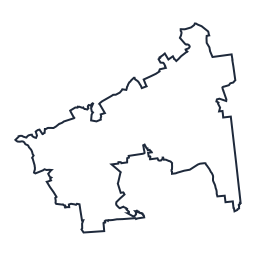 Laucienes pag., Talsi, Latvia (Albers equal-area conic projection)
{"feature_id": "27541924B31657223934984", "entity_name": "Laucienes pag.", "entity_type": "district", "adm_level": 2, "iso_a3": "LVA", "parent_name": "Latvia", "parent_adm1": "Talsi", "projection": "albers", "projection_center": [22.805, 57.249], "detail": "fine", "context": "isolated", "style": "outline", "palette": "slate", "viewbox_px": 256, "rotation_deg": 0, "n_neighbors": 0, "source": "geoboundaries", "source_scale": "gbopen_adm2", "svg_char_len": 5616}
<svg xmlns="http://www.w3.org/2000/svg" viewBox="0 0 256 256"><path d="M15.4,139.9L16.0,140.5L17.4,141.5L18.2,141.6L20.0,141.7L21.3,141.4L22.3,141.4L23.0,141.5L23.8,142.0L24.4,142.5L25.0,143.7L25.5,144.2L26.0,144.5L27.5,145.1L28.2,145.6L29.0,147.3L31.1,149.7L32.0,151.5L32.7,154.2L33.6,155.5L32.1,157.9L32.7,158.7L34.6,165.3L34.7,166.6L34.9,167.4L34.9,169.4L34.3,171.3L34.0,172.6L35.4,173.4L42.9,170.4L44.5,169.3L46.6,170.0L49.2,169.8L51.5,170.0L50.6,170.8L48.2,173.8L48.5,174.3L48.9,175.2L49.7,176.6L50.0,177.0L51.3,177.6L50.7,178.1L50.3,178.4L50.2,178.9L51.0,180.4L48.0,181.5L46.8,181.8L50.0,187.1L53.5,192.0L56.5,196.9L55.3,197.8L55.4,198.9L55.7,200.5L55.6,202.4L55.5,202.8L56.2,203.9L62.4,204.6L62.9,204.4L63.7,205.2L65.2,205.5L65.5,206.4L64.9,207.1L65.1,207.5L67.2,207.1L69.2,207.1L68.9,204.5L71.0,203.8L74.2,204.3L76.0,204.8L76.9,203.8L79.5,204.3L80.3,209.8L82.0,220.5L83.3,220.3L82.1,223.6L82.2,228.3L81.5,229.4L83.6,232.5L104.2,231.1L103.5,223.0L103.8,222.8L104.0,222.9L105.2,222.5L105.2,222.1L104.8,221.1L105.5,220.5L107.2,220.3L108.0,220.9L108.5,220.1L110.1,220.2L112.7,220.0L116.8,219.3L122.6,219.1L134.8,218.2L135.5,218.2L136.0,219.0L137.3,218.5L138.2,218.3L144.2,217.4L143.8,215.4L143.1,215.1L142.7,213.8L141.9,213.8L141.7,213.6L141.7,213.1L141.2,213.0L140.7,213.1L140.4,213.1L140.1,213.1L139.8,212.9L139.8,212.7L139.3,212.5L139.3,212.4L139.2,212.2L138.8,212.3L138.7,212.1L138.2,212.0L138.2,211.9L138.2,211.6L137.8,211.7L137.4,211.3L137.5,211.3L137.4,211.2L137.2,211.5L136.9,211.2L136.8,211.4L136.6,211.3L136.5,210.9L136.3,211.0L136.3,211.3L136.1,211.1L135.8,211.2L135.2,211.2L135.8,211.9L136.0,214.4L134.5,216.1L132.9,216.2L127.7,213.3L127.8,213.3L127.8,213.2L128.0,212.9L128.4,212.8L128.8,212.5L128.8,212.4L129.0,212.2L129.0,211.8L126.5,209.5L127.0,208.8L125.9,208.0L123.8,207.1L123.4,206.7L119.9,208.2L118.9,207.6L116.5,205.1L116.1,203.9L116.4,202.1L119.9,198.6L124.5,194.5L124.1,193.9L124.1,193.6L123.9,193.2L123.3,192.4L120.7,192.8L117.8,183.5L118.1,182.8L120.5,172.5L120.7,172.2L111.6,164.4L118.3,163.6L118.4,162.2L119.2,162.1L120.2,162.1L121.2,162.5L121.4,163.2L127.1,162.4L127.2,158.2L128.9,157.6L128.7,155.9L142.6,153.8L144.0,153.4L144.6,152.9L144.4,151.5L143.8,148.9L143.8,148.4L143.2,145.3L144.6,144.6L146.7,148.5L147.5,148.4L147.8,150.2L149.7,149.9L150.3,150.9L150.9,151.2L151.4,151.7L151.7,152.3L148.1,152.8L148.7,156.4L150.1,156.4L150.4,156.9L149.9,159.1L150.0,159.3L157.5,158.3L158.4,160.3L159.4,160.6L161.0,160.5L162.8,158.4L162.7,157.6L163.2,157.6L163.7,159.7L165.9,159.7L168.9,161.0L169.5,161.1L170.7,161.6L172.1,163.1L172.0,164.0L172.1,166.3L172.0,169.2L171.5,169.9L171.6,171.3L172.0,171.7L172.0,173.8L175.8,173.3L177.6,172.6L184.2,170.7L189.8,169.7L197.9,164.5L200.0,163.7L204.3,163.2L205.5,163.3L205.8,164.1L206.0,164.5L207.0,165.7L209.4,169.1L211.0,172.2L211.8,173.1L212.9,175.4L213.1,176.6L213.1,177.2L213.0,178.6L213.0,180.2L213.1,180.8L213.9,182.7L214.4,183.7L215.1,185.4L215.7,188.2L216.4,190.0L216.7,191.9L216.7,193.8L217.4,196.4L224.7,195.7L225.5,202.2L232.8,201.4L233.5,208.0L233.9,208.1L234.5,211.3L237.3,210.0L237.5,209.3L239.1,208.4L239.0,206.8L239.2,206.0L238.7,205.0L239.3,204.3L239.9,204.1L239.9,202.8L240.6,202.9L239.3,190.9L239.1,189.6L236.0,161.6L230.8,116.6L223.2,117.5L222.8,113.0L222.7,112.9L222.5,111.0L219.1,111.4L220.1,107.6L218.0,103.6L218.5,102.6L217.7,102.1L216.4,101.5L216.9,99.4L219.4,98.7L226.2,101.0L226.4,99.5L223.5,91.2L223.3,90.9L223.4,90.7L222.7,89.1L222.4,87.4L222.7,87.1L223.4,86.7L223.8,86.7L228.9,85.2L230.3,83.3L233.3,82.5L234.4,81.1L235.3,80.3L233.4,66.6L232.7,62.4L232.3,60.1L232.5,60.0L231.6,54.4L212.5,57.0L210.1,51.3L209.4,47.4L206.7,42.9L206.5,38.3L206.7,35.9L209.2,35.4L208.8,34.3L208.4,32.1L208.2,31.7L208.0,31.3L207.1,30.6L201.6,26.2L197.5,24.5L196.1,23.6L195.7,23.5L194.8,23.5L194.6,24.3L194.1,25.1L191.8,26.9L190.9,27.5L185.9,29.0L184.6,29.3L180.7,29.2L180.7,30.8L181.4,32.0L181.5,32.5L181.5,33.1L181.0,35.5L179.9,37.9L185.2,44.0L186.2,44.6L186.9,44.3L188.3,44.7L189.2,45.4L189.7,46.4L189.6,47.0L188.6,48.4L187.6,48.7L185.6,49.5L185.9,50.3L187.4,51.6L187.1,51.9L186.4,52.1L181.1,56.2L178.5,59.0L176.3,61.0L174.8,59.3L174.1,59.0L174.0,58.8L173.9,58.2L172.9,56.3L168.4,59.5L164.8,53.5L162.6,55.4L159.7,57.3L160.2,57.8L158.6,59.2L160.5,62.6L163.2,62.8L163.9,63.5L165.2,66.0L165.5,67.1L165.4,67.1L165.8,67.9L159.8,69.3L158.9,71.6L159.1,71.7L155.9,73.8L150.7,76.3L143.7,79.5L145.8,84.8L146.6,86.3L141.8,88.1L141.3,86.9L140.9,85.8L139.6,83.8L138.9,82.5L137.7,81.1L135.2,79.4L134.7,78.5L134.5,77.5L134.4,77.0L134.3,77.4L131.1,80.4L130.3,81.6L129.3,82.3L128.1,84.5L127.6,86.0L127.1,86.7L126.7,88.7L126.3,89.9L122.3,89.3L121.7,90.4L119.8,92.6L115.8,94.7L113.2,94.8L111.4,96.0L102.1,101.3L100.0,103.0L99.3,103.8L99.5,103.9L104.9,113.1L100.7,114.4L101.2,116.7L100.7,117.8L100.7,119.3L100.8,119.6L96.5,121.4L91.1,120.4L91.6,114.7L92.2,113.5L93.0,112.4L91.8,111.5L91.7,110.9L91.5,110.2L91.1,108.1L91.3,106.9L91.6,107.1L93.1,103.6L92.6,103.3L91.8,103.9L91.1,104.9L90.7,105.6L88.8,105.0L88.6,105.2L88.1,105.8L87.8,106.8L88.4,108.3L87.3,109.5L85.2,109.0L84.5,109.0L83.3,107.8L83.2,107.5L82.4,107.8L79.1,106.7L78.7,106.9L77.8,106.7L77.5,107.6L75.3,107.5L70.2,110.6L70.4,111.1L71.3,112.9L73.4,116.7L74.3,117.9L74.0,118.2L63.8,121.5L62.4,122.6L59.5,123.9L59.3,123.8L56.0,126.5L53.5,128.0L48.2,127.9L47.7,128.0L45.9,129.0L44.9,129.0L44.6,132.9L43.9,133.1L43.0,134.0L42.5,134.1L39.5,129.6L37.9,130.0L36.4,131.0L35.7,131.6L37.0,135.6L36.0,137.9L34.4,137.4L32.4,136.2L31.9,134.7L30.6,134.8L28.5,135.4L27.0,136.7L26.5,137.5L26.0,137.5L23.4,136.7L22.0,135.9L20.0,135.9L18.9,136.2L19.0,136.4L15.4,139.9Z" fill="none" stroke="#1e293b" stroke-width="2"/></svg>